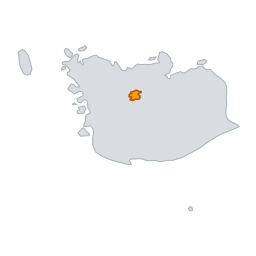 location of Geumsan-gun, South Chungcheong, South Korea, rotated 91°
{"feature_id": "91817680B68842805087026", "entity_name": "Geumsan-gun", "entity_type": "district", "adm_level": 2, "iso_a3": "KOR", "parent_name": "South Korea", "parent_adm1": "South Chungcheong", "projection": "mercator", "projection_center": [127.492, 36.118], "detail": "fine", "context": "in_parent", "style": "filled", "palette": "amber", "viewbox_px": 256, "rotation_deg": 91, "n_neighbors": 0, "source": "geoboundaries", "source_scale": "gbopen_adm2", "svg_char_len": 4050}
<svg xmlns="http://www.w3.org/2000/svg" viewBox="0 0 256 256"><g transform="rotate(91 128 128)"><path d="M67.0,52.3L68.0,51.5L68.1,50.4L68.1,46.6L71.0,44.0L75.1,38.7L77.2,35.7L79.5,33.0L82.2,31.2L84.8,30.3L88.9,29.9L96.8,30.3L98.4,30.0L103.9,29.7L105.2,30.2L109.2,30.5L113.7,30.1L115.9,29.3L118.0,28.0L119.8,25.5L121.6,21.0L123.6,17.4L124.8,16.8L132.9,35.7L140.7,47.9L147.3,56.7L156.7,73.6L159.5,82.6L159.7,88.1L161.3,95.7L159.9,100.1L160.3,106.9L159.8,110.5L158.6,113.0L158.6,118.0L158.9,120.7L159.0,124.2L159.7,125.5L160.8,126.1L162.5,124.8L164.6,124.2L164.2,128.5L161.7,139.1L159.5,146.9L156.5,153.6L152.7,159.7L148.1,162.1L144.9,163.0L138.8,163.3L133.7,162.3L129.3,163.0L127.6,164.3L126.3,166.5L127.2,169.9L127.1,172.4L125.2,172.2L121.5,170.7L117.4,170.5L115.5,169.8L113.6,166.2L111.6,166.3L108.2,168.5L102.9,168.9L101.0,170.1L100.4,171.6L101.2,173.4L103.8,175.9L102.9,178.4L100.2,179.6L97.9,176.6L96.5,173.6L95.0,173.4L92.6,174.3L92.1,177.5L93.2,179.7L95.1,182.3L92.5,185.2L91.8,187.3L89.9,188.8L84.9,185.5L85.6,183.1L87.8,180.8L88.1,178.4L87.4,177.0L80.2,183.0L75.8,189.8L73.4,189.3L72.4,187.5L71.0,186.8L66.2,191.2L65.4,194.7L63.6,194.8L62.8,193.3L62.8,190.2L62.0,187.6L57.0,183.7L54.7,180.3L56.0,178.4L60.1,179.5L63.4,179.3L62.7,177.7L61.7,177.0L63.8,176.1L65.7,174.2L64.1,173.7L61.8,174.8L59.9,174.3L59.2,169.8L56.8,165.3L55.6,160.8L57.9,158.3L59.1,154.3L61.2,148.6L62.3,146.7L65.3,145.4L66.3,143.9L64.7,143.1L62.1,142.4L62.2,140.8L63.9,139.9L65.9,138.0L69.8,135.8L71.0,131.6L69.8,130.5L67.5,129.5L68.0,127.4L69.0,125.7L68.6,124.8L65.8,122.0L63.9,119.5L64.5,116.6L64.0,112.3L64.3,108.6L64.2,106.7L62.8,102.2L62.1,97.7L60.3,98.4L58.9,99.5L53.6,97.9L52.0,97.8L51.3,94.5L53.2,90.4L57.6,86.7L60.2,86.3L62.1,84.7L65.1,84.2L68.8,86.7L72.0,87.2L73.8,91.4L74.9,92.3L75.1,90.7L77.8,88.9L78.4,87.5L77.8,86.8L74.8,86.0L72.1,80.7L71.7,78.4L70.7,77.0L72.2,72.7L69.1,67.9L67.5,66.4L67.8,62.0L66.1,59.2L65.2,57.7L64.7,55.1L65.1,53.9L66.6,53.4L67.0,52.3ZM56.8,238.4L55.3,239.2L53.9,238.7L53.6,238.3L51.9,236.0L51.5,234.8L52.6,232.6L57.2,228.9L69.0,225.4L71.2,225.2L75.9,226.8L76.9,229.6L76.0,232.0L74.9,233.7L69.5,236.4L65.3,237.8L56.8,238.4ZM137.0,175.3L133.8,177.8L129.6,174.4L128.6,172.6L131.8,169.8L134.5,166.7L136.3,166.6L137.0,175.3ZM114.5,175.0L114.2,178.9L111.8,179.1L110.4,176.6L108.9,177.8L108.2,177.8L107.0,174.7L106.8,172.2L109.6,170.3L111.2,171.4L113.6,172.0L114.5,175.0ZM53.7,192.5L51.6,193.1L50.4,191.8L49.6,191.4L50.0,189.6L53.5,186.0L54.2,184.8L57.4,185.5L58.6,187.4L57.1,190.3L53.7,192.5ZM63.2,54.2L63.1,59.8L61.3,59.5L60.0,59.0L59.5,57.9L58.2,52.7L59.6,50.6L62.3,52.3L63.2,54.2ZM51.7,178.0L51.2,179.0L49.8,178.7L48.3,175.9L47.7,173.7L46.2,172.5L48.6,170.6L51.6,174.0L51.7,178.0ZM59.8,106.0L59.4,108.7L57.2,106.9L56.5,101.1L58.8,102.8L59.8,106.0ZM209.2,65.1L207.7,66.3L205.9,65.1L205.7,63.7L206.6,62.6L208.8,61.9L209.8,62.9L209.2,65.1ZM71.0,193.6L71.5,195.5L68.8,195.1L67.4,193.3L67.6,191.7L69.2,191.5L71.0,193.6ZM105.7,182.7L105.3,183.9L103.6,182.0L105.3,180.0L105.7,182.7Z" fill="#d9dde1" stroke="#a8b0b8" stroke-width="1"/><path d="M93.3,117.8L92.6,117.5L92.4,116.3L92.4,115.8L92.3,115.6L91.8,115.4L91.3,115.6L91.2,116.3L91.3,116.8L91.4,117.3L91.3,117.7L91.0,118.3L90.9,118.7L90.5,119.0L90.1,120.0L90.1,120.4L90.1,120.9L90.2,121.0L90.3,121.3L90.6,121.5L91.0,122.1L91.2,122.9L91.4,123.8L91.5,124.4L91.8,124.9L92.0,125.5L92.3,126.0L92.9,126.1L93.3,125.6L93.6,125.3L93.8,125.8L94.0,126.5L94.4,127.1L94.9,127.4L95.3,127.3L95.9,127.3L96.7,127.5L96.8,127.3L97.1,126.7L96.9,126.2L96.9,125.5L97.1,125.0L97.6,125.1L98.0,125.3L98.4,125.4L98.8,125.6L99.0,126.0L99.4,126.5L99.8,126.3L99.8,125.8L100.1,125.5L100.2,125.1L99.9,124.8L99.8,124.3L99.8,124.1L100.5,123.6L100.5,123.4L99.9,122.9L99.9,122.3L99.6,121.8L99.2,121.5L99.0,121.2L98.8,120.9L98.9,120.5L99.0,120.2L99.1,119.9L99.2,119.4L99.2,118.8L99.0,118.4L99.1,117.9L99.0,117.4L98.6,117.2L98.1,117.1L97.9,116.9L97.7,116.8L97.1,116.3L96.9,116.5L96.5,116.8L95.6,116.7L95.4,117.2L95.0,117.6L94.7,118.1L94.3,118.4L93.7,118.3L93.3,117.8Z" fill="#f59e0b" stroke="#b45309" stroke-width="1.5"/></g></svg>